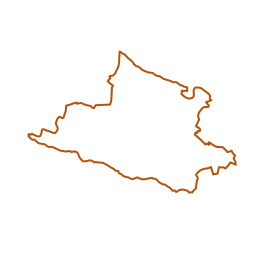 the district of Tam Diep, Ninh Bình, Vietnam, rotated 348°
{"feature_id": "81297802B4597997720172", "entity_name": "Tam Diep", "entity_type": "district", "adm_level": 2, "iso_a3": "VNM", "parent_name": "Vietnam", "parent_adm1": "Ninh Bình", "projection": "robinson", "projection_center": [105.895, 20.161], "detail": "fine", "context": "isolated", "style": "outline", "palette": "amber", "viewbox_px": 256, "rotation_deg": 348, "n_neighbors": 0, "source": "geoboundaries", "source_scale": "gbopen_adm2", "svg_char_len": 5874}
<svg xmlns="http://www.w3.org/2000/svg" viewBox="0 0 256 256"><g transform="rotate(348 128 128)"><path d="M177.6,204.4L178.0,203.8L178.8,203.1L179.7,202.5L181.7,201.4L182.1,200.6L183.4,196.7L183.9,195.3L184.3,194.0L185.3,193.0L185.7,192.2L185.7,190.1L185.2,189.2L184.9,188.2L185.2,187.4L185.9,186.8L187.0,186.1L188.1,185.3L189.7,184.6L191.9,184.0L194.7,183.8L198.6,184.0L200.9,183.4L201.3,186.0L201.8,191.1L204.0,191.1L206.1,191.2L208.9,185.3L210.3,185.7L211.5,186.0L212.4,186.2L213.5,186.4L214.7,187.8L215.6,187.4L219.0,184.9L220.9,183.0L225.7,186.1L225.8,185.0L226.1,184.1L225.6,181.8L225.1,180.3L225.2,179.4L226.0,178.4L226.6,177.7L226.9,177.4L226.2,176.1L225.6,174.9L224.9,173.4L224.6,171.8L223.6,172.0L221.4,172.2L220.2,172.1L218.9,169.8L217.7,168.1L217.1,166.9L216.3,166.3L215.3,166.1L214.4,165.9L213.9,165.7L211.5,165.2L210.1,164.3L209.3,163.9L207.1,161.6L204.8,159.3L204.3,158.9L204.2,159.1L204.2,160.5L204.0,161.1L203.7,161.2L203.2,160.9L202.8,160.5L202.5,160.0L202.2,159.7L201.9,159.5L201.6,159.6L201.2,159.8L200.7,160.2L200.5,160.3L200.4,160.2L199.9,159.6L199.0,158.2L197.1,155.2L193.9,150.7L192.7,149.5L192.0,148.1L193.3,146.6L193.9,147.2L194.4,147.2L194.9,146.9L195.1,146.6L195.2,145.9L195.6,145.6L197.0,146.0L197.7,145.8L198.2,145.4L198.2,145.1L198.2,144.6L198.0,143.7L197.5,142.8L196.1,141.5L195.2,140.9L195.0,140.5L195.1,140.0L196.2,138.7L199.1,134.9L199.3,134.1L199.3,133.5L199.0,132.8L199.1,131.5L199.3,130.4L199.5,129.7L200.2,128.3L200.9,127.5L203.7,124.9L204.6,124.3L205.6,123.7L206.2,123.5L207.5,123.4L209.0,123.9L209.7,124.0L210.5,124.0L211.2,123.9L211.5,123.3L211.7,122.8L211.0,121.6L210.5,120.3L210.0,119.7L209.9,118.9L212.0,118.7L213.2,118.6L214.1,118.4L214.4,118.4L215.1,118.0L214.4,117.4L214.3,116.1L214.5,114.6L214.9,113.9L214.9,113.3L214.6,112.7L214.3,111.9L213.5,110.7L211.0,107.8L209.2,105.8L208.1,104.6L207.0,103.8L206.1,103.4L205.3,103.1L203.6,102.7L202.4,102.5L201.7,102.8L200.8,103.6L200.4,104.1L200.2,104.5L199.8,105.8L199.5,108.2L199.1,110.2L198.7,110.8L198.3,111.3L197.9,111.6L197.0,111.8L196.0,111.9L195.2,112.1L194.6,112.0L193.7,111.9L192.3,111.1L190.7,110.0L189.4,108.7L188.4,107.3L187.4,105.7L188.6,102.7L188.8,102.8L189.5,103.1L190.0,103.4L191.5,103.4L192.2,103.5L192.5,103.6L193.3,104.0L193.5,104.1L193.8,103.7L193.8,103.4L193.8,102.9L193.9,102.4L194.1,101.7L194.3,101.2L194.3,100.8L194.1,100.5L193.8,100.2L193.3,99.9L192.9,99.7L191.6,99.4L191.2,99.1L190.9,98.7L190.5,98.2L189.6,97.6L188.9,97.4L188.3,97.1L187.7,96.6L187.5,96.4L186.6,95.2L185.2,93.5L184.4,93.1L183.6,92.8L182.9,92.8L182.2,92.8L181.7,92.7L181.0,92.1L180.6,91.7L179.8,91.0L178.8,90.5L175.7,88.8L173.8,87.7L172.4,86.9L172.0,86.3L171.2,85.3L170.5,84.7L170.3,84.6L170.0,84.1L168.6,83.5L167.2,83.0L165.8,81.9L163.7,79.4L162.7,78.9L161.7,78.7L161.3,78.5L160.3,78.2L159.4,77.8L158.7,77.4L157.5,76.6L156.0,75.7L154.9,74.7L154.1,74.1L153.4,73.3L152.4,71.7L150.6,70.1L150.0,69.7L149.4,69.4L148.8,69.0L147.9,67.8L147.1,66.9L146.8,66.4L146.5,64.9L145.8,63.6L144.2,61.6L143.6,60.9L142.6,59.6L141.1,57.1L140.7,56.4L140.3,55.6L139.1,54.7L138.3,54.1L137.6,53.4L137.1,52.7L136.6,52.1L135.7,51.6L134.1,57.6L133.5,59.4L133.1,61.6L132.2,64.0L131.6,65.4L130.4,67.2L128.9,69.0L127.6,70.9L127.0,71.6L126.1,72.5L125.0,73.2L124.5,73.5L124.0,73.6L123.0,73.5L121.2,73.5L120.6,73.9L120.6,74.3L120.8,74.7L120.9,75.4L120.9,75.7L120.6,76.1L118.9,77.1L118.0,78.2L118.8,79.3L119.5,80.6L119.9,81.0L120.0,81.2L120.3,81.4L120.7,81.7L121.2,82.3L122.1,83.6L121.0,84.6L120.7,85.0L118.0,95.4L117.2,97.8L116.1,100.1L115.4,101.3L113.3,101.0L108.5,100.2L104.1,99.5L101.7,99.1L101.3,99.1L100.9,99.3L100.4,99.7L99.9,100.3L99.0,101.3L98.8,101.4L98.5,101.4L98.0,101.1L97.5,100.8L96.8,99.8L96.1,99.0L95.3,98.3L93.4,97.6L91.8,96.8L90.2,95.9L88.6,94.6L87.7,94.0L86.8,93.7L83.2,93.6L83.1,92.6L82.1,92.6L79.5,92.6L76.2,93.1L72.2,93.3L70.8,98.0L70.4,98.9L68.8,101.4L67.6,103.5L67.1,104.4L66.7,104.6L66.3,104.7L65.8,104.7L65.3,104.4L64.8,103.7L64.2,103.2L63.6,102.9L63.2,102.8L62.8,102.9L62.2,103.2L61.7,103.6L61.2,104.0L60.8,104.5L58.8,107.4L58.4,108.6L58.4,109.4L59.0,111.9L59.1,112.9L59.1,113.7L58.8,114.8L58.2,115.8L57.8,116.2L56.1,117.5L55.7,117.7L55.3,117.7L54.6,117.5L53.7,117.1L52.9,116.6L50.7,115.1L49.7,114.5L48.5,113.9L47.7,113.4L46.7,112.6L45.7,112.0L44.9,111.7L44.4,111.5L43.9,111.7L43.6,111.9L43.1,112.7L42.3,114.9L41.9,115.7L41.0,116.9L40.6,117.4L40.0,117.7L39.1,117.8L38.2,117.5L37.5,117.2L36.3,116.4L33.4,114.2L32.9,113.7L32.4,113.7L31.9,114.0L31.3,114.3L30.2,113.6L29.8,113.4L29.4,113.6L29.3,114.0L29.1,115.6L29.7,116.4L30.6,117.9L31.3,118.8L32.0,119.5L32.6,119.8L34.1,119.8L34.4,120.3L35.2,121.5L37.1,124.0L38.4,124.8L42.1,126.2L43.3,126.8L45.0,128.8L46.8,130.3L47.7,130.3L49.0,130.4L50.1,130.8L54.4,134.1L56.2,135.5L58.1,136.5L60.2,137.3L62.1,138.0L64.7,138.3L66.3,138.4L66.8,139.1L67.5,139.6L69.2,139.7L71.4,140.0L72.9,141.1L73.9,143.0L74.1,144.9L74.5,146.7L75.6,149.0L76.9,151.0L78.0,151.5L79.4,151.6L81.1,152.0L82.7,151.6L84.2,151.8L85.9,152.5L87.2,153.8L87.9,154.6L89.7,154.8L91.1,155.2L92.3,155.7L96.1,156.8L97.6,157.9L99.3,159.3L102.7,162.7L104.2,163.9L106.1,165.8L106.5,166.6L107.6,167.4L108.6,167.6L109.5,168.2L109.7,169.5L109.7,170.3L110.3,170.8L111.3,171.2L112.2,172.4L113.4,173.8L114.3,174.6L115.1,175.2L116.3,175.8L117.5,176.1L118.7,176.9L120.5,178.4L121.6,178.9L122.8,179.0L125.0,178.4L126.3,178.3L127.1,178.4L128.4,179.5L129.9,180.4L131.0,181.0L131.9,181.3L134.0,181.6L136.9,181.6L138.7,181.7L140.3,181.6L141.1,181.8L141.4,182.4L142.5,182.8L143.7,183.2L145.4,184.6L146.6,186.7L148.1,188.4L149.6,189.9L151.2,190.6L152.3,191.0L153.1,191.8L154.6,193.5L156.5,195.1L157.6,196.8L158.2,198.2L158.8,198.8L160.2,198.6L161.1,199.2L161.4,199.8L161.7,200.5L162.2,200.6L163.1,200.3L164.0,199.9L165.8,199.3L167.5,199.4L168.3,199.5L169.5,199.9L171.1,200.7L172.3,201.2L173.4,202.0L173.9,203.1L174.4,204.0L174.9,203.9L176.0,203.9L177.6,204.4Z" fill="none" stroke="#b45309" stroke-width="2"/></g></svg>